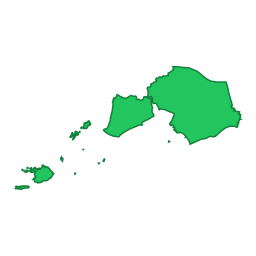 Kayong Utara, Kalimantan Barat, Indonesia
{"feature_id": "22746128B56151469580770", "entity_name": "Kayong Utara", "entity_type": "district", "adm_level": 2, "iso_a3": "IDN", "parent_name": "Indonesia", "parent_adm1": "Kalimantan Barat", "projection": "orthographic", "projection_center": [109.449, -1.248], "detail": "fine", "context": "isolated", "style": "filled", "palette": "green", "viewbox_px": 256, "rotation_deg": 0, "n_neighbors": 0, "source": "geoboundaries", "source_scale": "gbopen_adm2", "svg_char_len": 5830}
<svg xmlns="http://www.w3.org/2000/svg" viewBox="0 0 256 256"><path d="M190.1,144.2L201.7,139.0L204.7,138.7L207.2,137.8L209.1,136.6L211.0,136.4L213.2,136.8L215.5,136.2L221.4,130.8L225.9,127.6L229.4,126.4L234.1,126.2L236.9,127.3L237.4,126.6L237.8,126.6L237.8,126.0L237.3,125.6L237.5,124.2L238.3,124.0L238.1,123.6L238.6,123.1L238.0,122.7L238.6,122.6L238.5,122.1L239.1,120.9L239.0,120.4L239.9,119.3L240.4,119.3L239.6,118.8L240.0,118.2L240.4,116.6L240.0,115.7L240.6,115.4L240.6,114.7L239.4,114.3L239.4,113.7L239.0,113.7L239.5,113.2L239.0,112.3L239.3,111.8L237.5,111.7L236.9,111.3L235.8,111.5L235.1,110.5L234.4,111.0L233.8,110.8L233.5,110.3L234.8,109.6L234.5,108.8L233.5,108.0L231.7,108.0L231.8,106.9L231.0,106.8L231.3,106.8L231.2,105.8L231.7,106.0L231.8,105.4L232.3,105.3L228.7,92.6L227.3,85.8L225.9,82.0L216.9,82.1L210.9,81.1L209.1,80.4L205.5,78.1L197.5,71.5L188.7,67.7L183.5,67.5L177.9,66.8L173.0,66.7L173.9,67.6L172.9,68.9L173.0,70.4L170.9,71.4L169.8,72.6L168.2,73.0L168.2,75.5L166.4,75.7L164.8,76.5L163.4,75.7L161.7,77.6L159.9,76.7L158.6,77.8L156.4,78.1L155.7,79.4L155.9,80.1L156.7,80.6L156.8,81.2L156.0,81.7L153.9,82.2L152.5,83.6L150.9,84.0L150.6,84.7L151.2,85.2L150.8,86.3L149.7,87.1L148.1,87.2L147.4,87.8L147.2,88.5L147.9,90.4L148.1,92.9L147.8,96.3L149.0,97.0L150.6,96.5L151.7,97.1L152.5,98.3L152.3,102.1L153.3,103.5L154.6,103.2L155.8,103.4L156.8,104.1L156.8,104.6L158.9,108.4L158.8,109.4L159.6,109.8L160.1,109.1L161.7,109.0L164.3,109.5L173.9,113.4L174.3,114.3L171.4,121.5L171.0,122.1L170.3,122.3L170.4,123.1L169.8,123.6L169.9,124.2L170.3,124.1L170.4,125.2L170.8,125.2L171.0,125.6L172.1,124.7L173.3,125.4L173.1,127.2L173.5,127.1L173.9,127.5L174.3,127.1L175.0,128.0L174.5,129.3L173.8,129.5L174.3,130.1L175.3,130.3L175.0,130.8L175.3,131.2L175.7,130.8L176.6,131.1L176.7,132.7L177.7,132.8L177.9,132.5L178.4,132.5L179.6,132.8L179.9,132.3L180.7,132.3L184.3,134.5L185.6,136.0L185.4,137.1L185.8,136.8L186.5,137.3L188.7,140.2L189.8,143.3L190.1,143.5L190.1,144.2ZM120.5,96.6L117.2,94.5L116.1,96.9L115.2,98.2L114.7,98.4L113.8,98.0L113.4,98.4L113.8,99.2L113.8,100.0L113.0,100.2L113.2,101.2L112.5,101.8L113.1,103.6L112.2,111.3L111.9,111.7L110.7,117.2L110.3,117.5L110.6,117.9L110.0,121.2L108.2,126.1L106.8,128.7L104.5,129.1L103.5,130.0L104.2,131.0L106.2,132.7L109.5,134.6L113.2,136.1L118.2,136.8L119.0,136.7L120.2,135.1L124.0,132.2L130.0,128.9L139.3,125.1L141.5,124.8L142.1,125.3L142.4,125.0L141.7,124.4L141.6,123.5L142.5,122.1L145.4,120.6L145.6,120.3L146.2,120.2L148.2,119.4L152.5,116.7L153.5,116.5L153.9,116.0L153.5,114.2L152.4,113.1L152.0,111.7L152.1,109.3L152.6,107.9L151.3,103.7L150.8,100.7L150.9,99.5L151.6,98.9L151.4,98.5L148.5,98.2L147.2,97.7L146.2,96.6L145.7,96.6L143.9,97.0L143.4,98.7L142.2,100.1L140.6,100.5L139.1,99.3L136.6,99.4L136.3,96.8L135.8,96.2L133.3,96.2L130.8,95.5L126.9,97.8L125.2,98.3L123.1,97.9L122.6,97.5L122.2,97.7L121.0,96.6L120.5,96.6ZM42.9,165.1L42.2,165.3L42.3,167.0L41.1,168.1L40.4,169.3L39.5,169.1L39.5,168.4L39.2,168.2L38.0,169.8L37.5,169.7L37.6,168.8L36.3,169.4L36.0,168.7L35.5,168.6L35.4,168.3L35.8,168.2L35.1,167.4L34.4,167.7L34.5,168.4L33.8,168.5L33.7,169.2L33.3,169.6L32.3,169.3L30.6,169.8L29.4,171.0L30.2,171.4L30.7,171.0L31.6,170.9L31.8,171.6L30.4,172.4L32.8,172.2L34.0,171.2L35.8,171.4L35.7,171.7L34.6,171.7L34.1,172.0L35.1,173.7L34.4,174.4L35.1,175.4L35.1,176.2L35.7,176.3L35.7,177.4L35.3,177.8L34.3,178.0L34.6,178.7L34.2,179.1L33.5,179.0L33.0,179.4L34.1,179.6L34.7,181.7L37.2,182.3L37.9,183.0L39.7,182.5L40.8,182.5L41.1,182.1L42.1,181.9L42.9,180.9L44.6,180.6L45.9,180.8L47.9,180.1L49.1,178.6L50.5,178.3L51.0,177.6L50.9,177.1L51.6,176.9L53.7,173.5L52.3,172.5L52.2,171.8L49.9,170.0L49.9,169.1L48.6,168.3L48.2,167.3L46.5,166.8L45.7,166.9L45.1,167.4L45.1,166.7L44.6,166.1L43.5,166.4L43.2,165.8L43.4,165.4L42.9,165.1ZM88.6,120.8L87.0,122.1L86.7,122.8L85.6,122.7L85.3,123.1L84.3,123.1L84.0,124.6L84.5,124.8L84.4,125.5L83.3,126.8L83.1,127.6L83.7,127.9L83.9,128.4L84.1,128.1L85.0,128.5L86.4,128.5L87.4,127.5L87.7,126.0L88.9,125.6L89.2,125.0L89.7,125.1L89.6,122.4L89.3,121.5L88.6,120.8ZM23.8,185.9L21.7,186.1L20.5,187.1L20.1,186.3L19.6,186.8L18.6,186.5L18.2,187.0L18.0,186.7L17.2,187.2L16.7,186.3L16.2,186.3L15.7,186.6L16.3,187.3L16.0,188.1L15.4,188.4L15.7,188.7L17.6,188.5L18.1,188.9L20.6,189.3L21.9,189.1L22.8,188.5L24.6,188.0L27.3,188.0L28.6,187.5L29.1,187.0L28.7,186.4L28.2,186.2L23.8,185.9ZM74.1,134.1L73.5,134.1L73.4,137.6L72.8,138.5L72.9,139.5L73.8,138.8L74.9,137.1L75.0,135.7L75.7,135.8L76.4,134.8L76.0,134.4L75.3,134.5L74.9,135.1L74.1,134.1ZM75.7,131.3L75.1,131.9L75.0,132.6L75.6,133.4L76.1,133.5L76.4,134.5L77.2,134.3L77.5,135.1L77.9,135.1L78.3,134.6L78.2,133.2L77.1,132.0L75.7,131.3ZM61.3,158.8L61.2,157.4L60.8,158.1L60.8,159.0L61.4,159.3L61.2,159.9L61.5,160.3L62.3,160.2L62.4,160.7L62.5,160.9L63.0,158.7L62.4,158.0L61.3,158.8ZM72.8,134.0L70.8,135.6L70.6,136.7L70.1,136.8L70.1,137.3L71.4,137.0L71.7,136.2L72.2,136.0L73.2,134.4L72.8,134.0ZM27.8,170.2L26.3,170.3L26.1,172.2L27.7,171.7L27.8,170.2ZM104.7,159.6L104.5,159.0L104.1,159.1L103.8,159.6L103.9,160.3L103.1,161.0L103.7,161.4L104.1,161.3L104.2,161.0L103.9,160.7L104.7,159.6ZM23.1,170.6L22.7,169.5L22.2,169.4L22.0,169.7L22.1,170.3L23.1,170.6ZM72.5,132.7L71.7,133.3L71.7,133.9L72.6,133.7L72.8,133.1L72.5,132.7ZM82.0,127.5L81.6,127.1L80.9,127.8L81.0,128.3L81.9,128.4L82.0,127.5ZM90.6,123.8L90.3,123.1L90.1,123.0L89.9,124.1L90.3,124.5L90.6,123.8ZM169.6,141.5L168.9,141.0L168.5,142.0L168.9,142.2L169.6,141.5ZM75.4,173.8L75.5,173.2L75.2,173.1L74.7,173.4L74.8,174.1L75.4,173.8ZM31.7,168.1L31.4,167.8L30.2,168.3L31.4,168.5L31.7,168.1ZM28.0,167.9L27.2,167.5L27.1,168.0L28.0,167.9ZM99.3,163.1L98.5,163.1L98.8,163.7L99.3,163.1ZM84.0,149.8L83.3,149.3L83.1,149.6L84.0,149.8ZM80.0,132.1L79.9,131.8L79.7,132.2L79.3,132.0L79.1,132.2L79.4,132.5L80.0,132.1ZM24.8,171.8L24.7,171.3L24.3,172.3L24.8,171.8Z" fill="#22c55e" stroke="#15803d" stroke-width="1.5"/></svg>